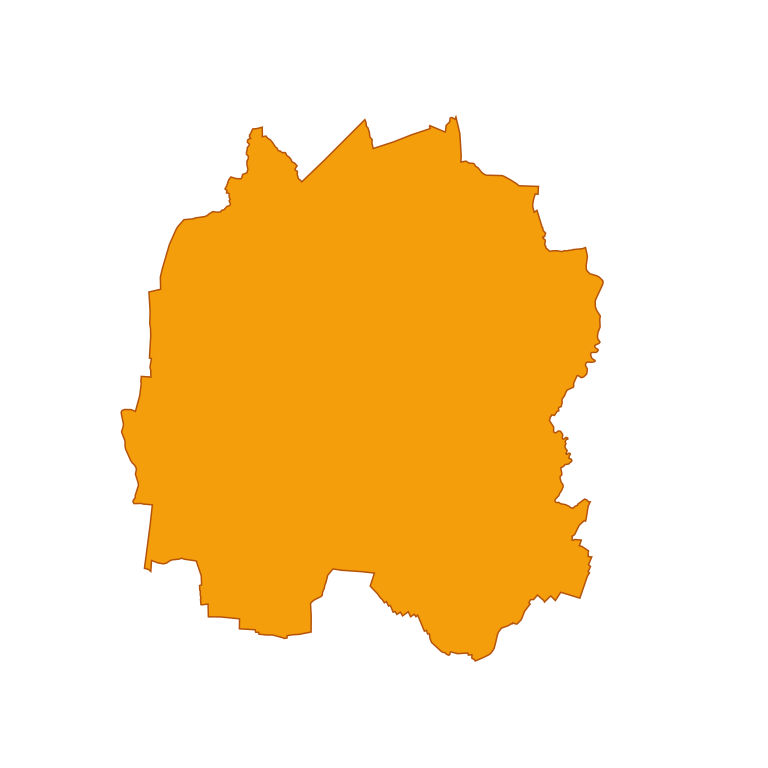 Damnoen Saduak, Ratchaburi, Thailand, rotated 197°
{"feature_id": "78962969B9936317507075", "entity_name": "Damnoen Saduak", "entity_type": "district", "adm_level": 2, "iso_a3": "THA", "parent_name": "Thailand", "parent_adm1": "Ratchaburi", "projection": "robinson", "projection_center": [99.957, 13.565], "detail": "fine", "context": "isolated", "style": "filled", "palette": "amber", "viewbox_px": 768, "rotation_deg": 197, "n_neighbors": 0, "source": "geoboundaries", "source_scale": "gbopen_adm2", "svg_char_len": 6171}
<svg xmlns="http://www.w3.org/2000/svg" viewBox="0 0 768 768"><g transform="rotate(197 384 384)"><path d="M590.2,217.6L589.2,215.3L589.3,204.8L588.7,202.3L589.7,199.8L589.7,198.1L588.1,196.5L581.0,198.9L579.7,198.7L570.2,200.7L566.7,182.3L559.2,137.7L554.9,137.8L552.2,136.6L554.7,147.3L548.0,146.8L542.4,147.5L539.5,149.2L537.5,151.9L535.2,153.9L528.8,156.6L526.7,158.2L523.7,158.1L511.8,159.9L502.7,147.2L499.8,138.8L499.9,138.4L501.5,137.4L499.9,133.0L499.3,132.6L498.0,128.6L496.4,125.6L496.6,124.7L494.6,119.5L494.1,119.4L487.9,122.1L483.9,110.0L472.1,113.5L453.5,117.2L450.7,107.6L435.4,111.3L434.1,109.1L431.2,109.8L430.5,108.2L423.1,109.6L417.3,111.4L406.4,111.8L405.1,111.5L402.5,112.7L403.0,115.0L398.8,117.2L391.9,119.8L381.2,125.5L385.8,140.9L390.1,152.6L388.9,155.3L387.0,157.7L382.1,162.3L381.3,163.9L381.9,166.9L381.4,171.0L381.8,174.7L381.5,177.1L381.9,184.6L378.8,192.2L370.0,193.5L351.4,197.8L337.9,200.4L338.1,186.7L329.1,181.6L324.9,178.4L322.7,177.4L319.7,174.9L318.0,176.6L314.7,173.0L313.5,174.1L313.1,174.0L308.6,168.5L306.7,169.7L304.3,167.4L301.6,170.6L298.4,167.7L294.2,173.3L290.5,169.2L287.7,172.6L285.4,170.8L284.2,172.8L273.1,159.4L271.4,160.8L269.2,157.7L267.6,158.4L265.6,154.0L262.9,150.7L250.5,144.8L248.3,144.6L247.1,145.0L245.2,143.8L242.7,143.6L242.0,144.5L242.2,146.7L241.8,147.4L234.9,147.6L225.2,151.2L224.1,149.4L220.8,150.8L219.8,147.4L217.4,147.1L215.8,145.8L209.2,151.3L204.4,155.9L203.1,157.9L201.7,161.7L201.4,163.5L201.6,168.5L202.2,177.9L202.0,180.2L200.3,184.9L194.6,189.1L192.2,191.9L191.4,191.9L191.1,193.3L188.7,193.0L186.7,193.3L184.2,197.9L183.7,199.9L183.1,207.7L179.9,216.4L181.2,216.9L181.5,217.7L180.7,220.7L177.9,221.6L175.6,227.0L168.0,223.7L166.8,222.4L162.6,230.1L156.8,227.0L154.1,236.5L134.1,236.5L133.3,259.6L132.3,263.5L133.9,264.1L133.2,270.0L135.6,270.9L134.8,279.4L138.1,278.6L139.5,282.3L139.6,284.2L147.1,286.5L149.9,286.4L149.7,292.4L156.4,291.0L157.5,289.7L158.0,289.6L158.8,290.1L159.0,292.2L159.7,293.3L158.2,294.9L157.6,296.2L156.0,306.0L152.6,311.9L151.2,311.7L151.1,313.4L153.1,326.9L152.3,331.6L153.9,331.1L155.9,332.4L158.5,332.6L163.5,325.8L163.6,324.5L165.9,322.6L166.7,320.5L169.6,320.4L171.1,321.1L175.1,321.7L179.9,321.2L182.6,321.9L183.5,321.2L185.1,321.2L185.9,321.6L186.6,322.4L186.3,324.1L184.3,328.1L183.8,331.9L183.1,333.6L182.6,338.1L183.5,340.1L186.1,342.2L188.3,345.8L188.4,347.3L187.4,349.2L188.2,351.3L190.5,355.3L188.1,357.8L187.5,359.7L183.9,361.6L183.2,363.2L182.1,364.6L181.9,365.7L182.9,366.8L185.5,367.1L185.8,369.2L185.3,371.5L185.8,371.9L186.8,372.0L188.7,370.1L189.5,370.4L189.4,374.0L191.6,375.5L192.7,377.0L192.9,378.1L192.5,380.1L193.5,381.1L193.9,382.2L193.3,384.5L192.2,384.9L192.4,386.0L193.5,386.3L194.5,386.0L196.1,383.8L197.1,383.7L198.0,385.1L198.0,386.9L198.5,388.1L200.6,389.9L201.8,390.4L203.7,390.0L205.4,387.4L207.8,387.7L209.2,392.5L215.2,397.5L215.1,399.4L215.6,400.5L214.6,402.4L214.6,403.5L211.8,403.8L210.6,408.1L209.0,409.5L210.1,411.9L209.7,412.8L208.0,414.2L208.1,417.8L209.1,420.8L209.1,422.3L208.0,425.2L207.6,429.7L207.0,431.8L202.0,436.3L201.9,437.5L202.6,439.1L202.8,440.7L201.8,448.3L200.8,448.8L197.4,447.8L196.2,448.2L194.8,449.7L193.2,452.6L193.2,454.2L194.1,458.1L196.4,460.2L197.0,461.6L197.0,462.9L196.2,464.3L191.5,465.6L189.2,466.9L188.8,467.8L189.4,468.4L190.9,468.6L193.3,469.8L195.2,473.0L195.1,474.1L194.5,474.9L190.6,476.2L189.7,477.0L189.0,478.8L189.6,479.7L192.5,480.4L193.6,481.7L193.4,482.8L190.2,485.8L189.7,487.0L190.0,487.6L192.7,489.6L193.9,492.2L194.4,495.7L194.0,501.7L196.6,509.0L197.0,512.2L202.5,516.9L204.6,520.0L206.2,524.8L206.2,527.1L204.0,543.0L204.2,545.3L204.9,546.7L209.3,549.1L212.2,549.7L219.2,549.6L223.0,551.6L224.1,553.1L225.3,556.4L226.8,565.6L231.2,573.4L234.0,571.3L242.8,567.7L244.5,566.4L246.2,566.0L247.3,565.2L250.6,564.1L252.7,562.6L257.3,562.1L261.8,560.6L264.2,559.3L269.2,561.6L269.4,562.8L271.0,564.1L271.4,566.0L271.3,567.0L271.9,568.8L274.6,570.0L275.1,570.6L275.0,571.4L274.1,571.5L273.4,572.1L273.8,573.3L273.5,575.5L276.7,577.2L277.8,579.7L278.5,580.0L288.5,594.8L290.6,592.1L293.3,596.5L294.1,598.4L294.9,603.7L295.0,610.0L292.2,610.4L294.0,618.1L313.0,613.0L315.4,614.2L322.8,616.2L329.8,617.7L332.1,617.8L347.6,613.5L351.0,614.3L352.8,615.1L357.0,618.1L360.5,619.2L361.9,620.8L363.1,621.1L367.2,620.1L370.7,621.1L375.4,618.8L377.0,625.1L384.7,645.7L393.3,660.4L393.6,657.8L397.0,658.8L398.5,657.6L397.8,654.0L400.2,649.4L399.1,643.9L399.2,642.8L415.7,644.5L415.8,643.5L414.5,642.1L414.7,641.6L430.6,630.3L445.8,618.2L463.2,606.0L465.9,610.7L466.8,614.3L469.6,616.0L471.7,620.5L474.2,624.2L476.2,625.3L477.6,628.8L479.6,631.2L506.0,581.4L521.7,553.3L523.5,554.5L525.0,554.8L526.2,555.7L528.4,559.3L528.9,561.9L531.7,562.8L532.0,563.5L530.9,567.2L534.1,569.1L536.9,569.5L538.8,571.7L540.8,573.1L543.8,574.1L545.8,576.3L546.9,576.3L548.7,575.4L551.2,576.4L553.5,576.3L555.1,578.2L557.1,578.9L561.1,582.3L564.2,584.3L567.1,585.0L569.4,586.6L572.6,584.9L575.5,594.0L580.2,591.1L584.1,589.5L585.0,583.3L585.4,582.8L585.0,582.4L585.1,581.4L583.2,579.8L584.4,579.2L585.6,577.8L585.6,575.8L585.3,575.2L583.0,574.2L582.8,573.8L583.0,572.1L583.9,570.0L583.3,568.2L583.3,565.4L582.6,563.4L580.3,562.2L579.7,559.6L580.3,556.8L579.9,556.5L579.4,554.1L576.8,549.3L577.0,547.9L576.7,546.3L577.5,545.3L580.5,543.1L580.3,539.9L580.9,538.4L585.5,537.2L591.0,537.2L592.2,533.7L592.3,527.9L593.1,524.1L590.8,523.2L590.5,520.7L588.5,521.0L587.6,520.5L586.8,517.6L585.1,515.7L585.6,513.8L583.5,511.4L583.7,509.5L586.0,508.0L588.2,503.5L589.9,502.8L590.8,500.6L595.0,499.2L598.0,498.9L601.0,495.6L602.4,493.3L604.4,491.7L613.5,487.4L614.6,486.2L623.3,482.7L626.8,475.2L627.9,471.7L630.0,454.9L629.7,428.9L629.1,420.7L625.3,409.3L635.7,403.3L629.0,385.3L625.5,372.8L623.4,368.6L621.1,361.6L615.9,340.2L613.9,340.4L612.9,332.9L612.4,330.9L611.3,329.4L608.9,322.5L618.3,320.3L617.2,315.0L616.4,314.0L614.2,301.6L613.7,285.1L618.2,285.6L624.6,283.8L626.6,282.2L627.0,281.2L626.9,279.5L621.5,269.6L621.0,267.3L621.0,261.5L614.8,253.5L613.8,249.7L612.3,246.5L603.9,236.8L601.9,235.1L598.8,233.5L596.4,231.2L595.7,229.3L595.4,225.1L590.2,217.6Z" fill="#f59e0b" stroke="#b45309" stroke-width="1.5"/></g></svg>